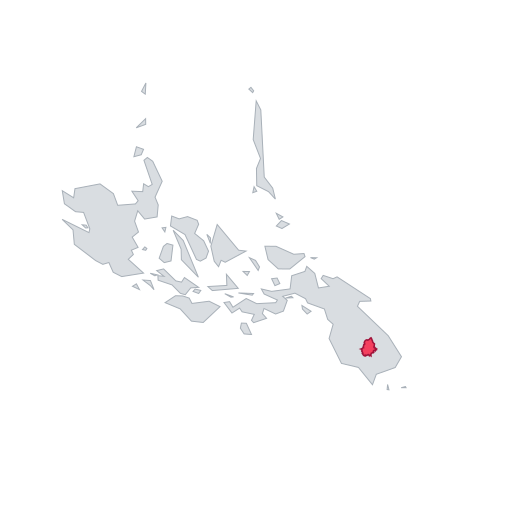 location of Kalinga, Kalinga, Philippines, rotated 134°
{"feature_id": "2640588B22535822566030", "entity_name": "Kalinga", "entity_type": "district", "adm_level": 2, "iso_a3": "PHL", "parent_name": "Philippines", "parent_adm1": "Kalinga", "projection": "robinson", "projection_center": [121.313, 17.431], "detail": "fine", "context": "in_parent", "style": "filled", "palette": "rose", "viewbox_px": 512, "rotation_deg": 134, "n_neighbors": 0, "source": "geoboundaries", "source_scale": "gbopen_adm2", "svg_char_len": 6508}
<svg xmlns="http://www.w3.org/2000/svg" viewBox="0 0 512 512"><g transform="rotate(134 256 256)"><path d="M239.5,78.4L257.5,87.3L267.7,82.8L265.0,104.9L273.9,119.9L264.6,146.1L251.5,153.1L251.8,160.4L246.6,170.0L253.9,186.3L252.3,190.7L255.7,202.2L266.5,208.8L266.2,202.7L276.6,198.0L284.1,201.6L288.2,213.8L293.0,211.4L293.5,205.1L305.6,211.4L305.4,214.6L299.2,216.7L305.8,227.2L304.9,231.6L313.7,233.7L311.7,246.7L307.2,243.3L308.9,237.0L293.4,233.5L289.8,222.4L275.9,209.4L272.8,210.0L277.7,223.7L276.0,229.3L270.6,220.2L256.0,208.6L245.4,216.6L233.1,210.1L228.2,212.3L227.7,201.6L235.6,188.9L226.9,182.3L227.0,193.4L223.3,194.2L218.8,184.8L214.7,183.2L207.2,144.1L208.6,142.1L216.6,149.9L221.7,148.1L221.5,105.6L227.4,81.4L239.5,78.4ZM346.4,325.0L364.1,338.3L366.9,347.4L362.9,357.3L368.4,360.4L370.7,368.2L373.8,394.8L364.3,405.8L364.3,420.9L355.2,392.4L351.9,394.4L344.4,410.3L349.5,416.6L351.5,430.1L343.6,440.7L340.8,427.6L333.3,433.0L312.5,418.3L310.2,401.9L315.6,390.7L302.3,378.9L298.1,379.2L295.6,390.3L288.4,382.2L282.1,387.0L280.9,381.6L276.6,380.4L265.0,403.1L260.6,402.6L259.6,396.1L267.4,375.4L283.8,369.5L287.2,361.8L296.6,354.3L306.8,361.8L305.6,372.5L315.3,367.5L320.4,357.2L328.4,358.2L331.7,346.8L338.4,349.7L340.1,345.3L347.1,345.6L346.4,325.0ZM293.8,338.4L285.8,344.4L282.7,337.1L275.2,332.6L271.2,323.1L273.0,319.3L282.4,315.8L281.4,304.2L285.5,293.5L292.2,290.5L298.4,292.5L299.8,296.5L289.9,322.0L293.8,338.4ZM340.5,247.8L347.7,257.2L346.7,273.8L352.7,289.0L340.5,286.3L335.6,280.9L332.7,274.8L334.6,269.1L321.1,258.3L317.4,246.7L340.5,247.8ZM259.4,266.6L281.9,273.8L283.3,278.1L289.7,275.5L288.8,282.4L280.3,295.3L260.3,305.8L263.9,272.5L259.4,266.6ZM174.2,338.9L144.3,363.6L147.6,354.0L193.5,304.9L195.6,291.1L201.6,281.6L201.0,291.7L204.9,304.3L192.7,316.5L182.7,320.5L174.2,338.9ZM222.4,220.3L241.9,222.7L249.8,231.0L250.2,244.8L242.8,256.4L235.1,248.3L228.5,230.0L220.9,223.2L222.4,220.3ZM324.3,280.8L333.0,280.0L335.4,284.5L335.1,296.3L341.4,309.6L338.3,312.9L334.5,308.0L335.5,317.3L329.5,313.5L329.6,296.4L326.5,291.4L321.2,292.5L318.4,275.5L324.3,280.8ZM295.0,333.5L295.4,319.1L311.3,282.7L310.5,307.1L303.1,314.6L295.0,333.5ZM324.9,324.1L313.4,329.3L308.8,328.7L305.9,323.3L318.6,313.7L324.5,317.4L324.9,324.1ZM291.6,246.3L311.2,263.4L311.4,269.4L297.4,256.5L289.7,264.6L291.6,246.3ZM318.8,217.1L314.4,219.9L311.1,216.2L315.6,204.7L320.3,210.4L318.8,217.1ZM269.4,412.8L260.5,417.9L257.4,411.0L262.9,408.9L269.4,412.8ZM209.8,254.2L218.2,256.4L220.3,262.2L212.8,262.3L209.8,254.2ZM259.3,219.7L264.2,221.8L261.5,229.0L257.2,225.5L259.3,219.7ZM237.9,426.8L247.0,431.2L233.9,430.8L237.9,426.8ZM351.8,320.6L347.0,314.9L351.1,305.9L350.7,311.4L351.8,320.6ZM264.9,244.4L261.8,259.6L259.5,253.3L261.4,245.9L264.9,244.4ZM216.5,448.1L217.1,452.7L208.0,455.4L216.5,448.1ZM262.2,178.9L261.9,185.7L259.7,188.6L257.5,178.0L262.2,178.9ZM278.6,297.6L274.6,306.4L274.6,301.3L278.6,297.6ZM213.5,264.8L211.2,271.1L209.2,263.8L213.5,264.8ZM325.2,276.7L322.1,276.8L319.1,271.8L322.8,271.2L325.2,276.7ZM276.1,248.8L276.1,254.6L271.7,249.9L276.1,248.8ZM363.6,323.8L359.1,322.7L361.1,316.5L363.6,323.8ZM286.8,231.5L294.8,243.0L284.7,231.7L286.8,231.5ZM212.7,302.3L207.5,305.5L208.9,300.4L212.7,302.3ZM302.0,338.3L301.0,343.1L298.0,340.7L302.0,338.3ZM303.1,245.5L304.8,252.3L301.0,243.7L303.1,245.5ZM140.9,377.1L138.2,376.8L138.8,372.4L140.8,371.9L140.9,377.1ZM330.2,342.1L326.7,342.3L326.4,339.7L328.5,339.3L330.2,342.1ZM354.3,402.7L351.8,399.6L352.5,396.5L354.2,398.0L354.3,402.7ZM217.8,211.9L219.3,215.7L215.2,211.2L217.8,211.9ZM340.5,315.0L341.9,320.1L338.1,313.9L340.5,315.0ZM261.0,68.9L257.0,72.1L259.9,67.4L261.0,68.9ZM265.7,205.5L260.3,202.5L260.4,200.5L265.7,205.5ZM246.5,56.6L249.9,60.1L246.1,57.8L246.5,56.6Z" fill="#d9dde1" stroke="#a8b0b8" stroke-width="1"/><path d="M234.9,116.4L235.0,116.4L235.2,116.5L235.7,116.6L235.8,116.7L237.1,116.6L237.8,116.7L238.3,116.9L238.7,117.0L239.1,117.3L239.1,117.7L239.1,117.8L239.5,118.2L239.9,118.4L240.2,118.5L240.9,118.6L241.2,118.6L241.4,118.6L241.5,118.6L241.9,118.5L242.3,118.3L242.5,118.3L242.9,118.1L243.1,118.0L243.2,117.7L243.3,117.5L243.3,117.2L243.5,117.0L243.7,116.9L243.9,116.9L244.0,116.9L244.0,116.6L244.4,116.6L244.5,116.7L244.6,116.8L244.8,116.9L245.0,116.9L245.3,116.7L245.5,116.5L245.6,116.4L245.8,116.3L245.9,116.2L246.0,116.2L246.3,116.1L246.5,116.0L246.5,115.9L246.6,115.7L246.8,115.5L246.9,115.4L246.9,115.5L247.0,115.5L247.0,115.4L247.3,115.4L247.5,115.4L248.5,115.2L248.8,115.2L248.8,115.3L249.0,115.3L249.2,115.2L249.2,115.3L249.3,115.3L249.3,115.5L249.5,115.5L249.4,115.6L249.5,115.7L249.8,115.7L249.8,115.8L250.0,115.9L249.9,115.7L250.0,115.1L250.1,114.5L250.3,114.3L250.4,114.2L250.6,113.6L251.2,113.5L251.2,113.4L251.4,112.3L251.7,111.6L252.3,111.7L252.3,111.4L252.4,110.9L252.5,110.7L252.6,110.3L252.7,110.0L252.7,109.7L252.7,109.4L252.4,108.9L252.3,108.7L252.2,108.7L252.4,108.5L251.9,107.8L251.8,107.7L251.7,107.7L251.6,108.1L251.0,107.9L251.0,107.7L250.9,107.6L250.3,107.2L250.0,107.1L249.8,107.1L249.5,106.9L249.3,106.9L249.1,106.9L249.1,106.7L249.0,106.4L248.9,106.4L248.9,106.0L248.9,105.9L248.8,105.6L248.6,105.4L248.8,105.3L248.5,105.0L248.5,104.9L248.6,104.7L248.4,104.7L248.2,104.8L248.2,104.7L248.2,104.8L248.1,104.7L248.2,104.8L248.0,105.0L247.9,105.0L247.9,104.9L247.7,104.8L247.6,104.7L247.7,104.3L247.7,104.2L247.2,104.8L246.3,105.3L246.0,105.5L245.5,105.2L244.3,105.1L244.4,104.9L244.4,104.7L244.2,104.4L243.9,104.3L243.7,104.3L243.4,104.4L243.3,104.6L243.2,104.6L243.2,104.8L243.2,105.0L242.9,105.2L242.8,105.3L242.7,105.5L242.8,105.5L242.7,105.6L242.4,105.7L242.2,105.6L241.9,105.5L241.9,105.4L241.7,105.3L241.6,105.2L241.4,105.1L241.3,104.9L241.2,104.8L241.2,104.7L241.1,104.8L240.9,104.8L240.7,104.9L240.5,104.6L240.4,104.5L240.2,104.7L239.9,104.4L239.7,104.3L239.6,104.6L239.4,104.7L239.2,104.7L239.3,104.9L239.2,105.1L239.2,105.5L239.4,105.8L239.2,106.1L239.2,106.3L239.3,106.5L239.7,106.7L239.8,106.9L239.9,107.0L239.8,107.3L239.8,107.5L239.7,107.8L239.5,108.1L239.3,108.1L239.0,108.1L238.8,108.1L238.7,108.1L238.6,108.3L238.6,108.5L238.2,108.8L237.9,109.1L237.7,109.2L237.6,109.3L237.3,109.4L237.0,109.6L236.9,109.7L236.9,109.8L236.9,110.1L237.0,110.4L237.0,111.0L237.0,111.3L236.9,111.6L236.9,111.9L236.9,112.1L236.8,112.4L236.6,112.7L236.4,112.8L236.3,113.0L236.2,113.1L236.1,113.3L236.0,113.9L235.9,114.1L235.7,114.4L235.5,114.6L235.4,115.0L235.2,115.4L235.3,115.6L235.3,115.8L235.1,115.9L235.0,116.2L234.9,116.3L234.9,116.4Z" fill="#f43f5e" stroke="#9f1239" stroke-width="1.5"/></g></svg>